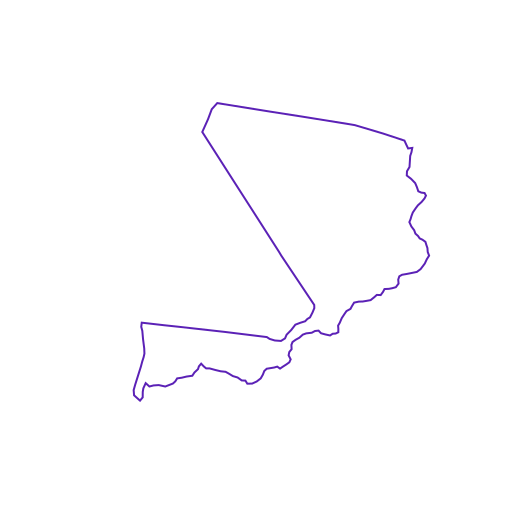 outline of Bom Lugar, Maranhão, Brazil, rotated 222°
{"feature_id": "56859067B20670689948279", "entity_name": "Bom Lugar", "entity_type": "district", "adm_level": 2, "iso_a3": "BRA", "parent_name": "Brazil", "parent_adm1": "Maranhão", "projection": "albers", "projection_center": [-45.064, -4.297], "detail": "fine", "context": "isolated", "style": "outline", "palette": "violet", "viewbox_px": 512, "rotation_deg": 222, "n_neighbors": 0, "source": "geoboundaries", "source_scale": "gbopen_adm2", "svg_char_len": 2239}
<svg xmlns="http://www.w3.org/2000/svg" viewBox="0 0 512 512"><g transform="rotate(222 256 256)"><path d="M253.4,70.9L245.4,70.9L245.6,75.1L249.2,79.2L251.2,82.3L252.9,87.7L247.9,87.7L245.5,91.3L241.9,95.0L236.1,98.3L232.4,105.6L232.1,108.8L232.7,112.3L229.7,115.9L226.9,120.0L223.2,124.4L223.8,128.2L223.4,133.1L224.6,135.8L224.7,139.3L221.0,139.0L217.9,139.1L215.3,141.4L209.9,144.1L205.1,146.7L201.1,149.6L197.6,150.4L192.8,151.3L188.4,153.4L183.3,154.0L180.5,156.3L177.0,155.3L173.5,158.6L171.5,163.2L170.6,168.2L171.5,172.4L172.9,176.1L172.6,179.4L170.1,182.5L167.8,185.4L166.2,188.0L162.8,188.4L162.0,191.7L160.9,195.7L160.1,199.3L161.1,202.4L165.3,204.0L167.0,206.9L167.2,210.6L170.2,213.6L171.3,216.5L170.5,220.2L169.1,224.3L168.6,228.9L166.9,232.1L163.2,236.3L162.0,239.7L159.6,242.4L156.0,242.1L152.0,244.1L147.8,246.5L147.0,249.5L144.9,251.7L143.8,254.4L145.9,256.8L148.4,259.2L149.1,262.5L150.7,267.2L151.5,272.4L151.9,275.6L150.4,279.9L151.1,282.7L151.9,287.0L149.0,291.0L146.4,293.4L144.0,296.4L141.3,299.9L140.5,304.9L140.2,307.9L137.2,310.4L137.6,314.4L138.4,317.4L135.2,320.6L133.3,323.1L131.2,326.4L131.6,330.9L134.5,333.6L135.9,336.8L134.9,339.8L132.2,343.2L129.8,346.4L125.8,351.8L124.9,356.4L125.5,363.3L126.9,367.9L127.6,372.1L131.1,373.9L133.9,376.6L136.6,378.1L139.6,379.9L143.2,379.5L146.1,378.6L149.0,379.3L152.5,379.3L155.7,381.0L160.3,381.9L164.7,383.8L165.8,386.8L167.2,389.7L168.6,393.3L169.3,398.5L169.6,402.0L169.1,407.1L169.3,411.6L170.1,414.6L172.9,415.6L175.6,413.7L178.7,412.7L182.4,414.8L186.5,416.7L192.3,417.1L197.8,416.7L200.5,420.0L201.5,424.9L208.4,433.6L209.9,437.1L212.2,440.9L214.9,437.7L218.8,439.3L222.9,441.1L243.6,432.0L270.1,419.4L273.9,417.0L315.1,390.4L341.9,372.9L387.1,343.7L387.1,335.5L383.2,325.6L378.9,312.2L315.3,294.7L285.7,286.6L241.7,274.5L237.5,273.2L180.0,258.6L177.8,256.3L176.2,251.8L174.8,246.5L175.7,243.6L175.8,240.4L178.4,236.0L180.8,231.3L180.3,224.5L180.6,218.0L179.3,214.2L180.6,209.6L185.5,205.8L190.4,203.5L193.7,203.0L228.4,178.7L266.2,151.6L277.5,143.4L296.3,130.0L293.9,126.6L290.4,124.3L284.5,118.8L277.2,112.5L273.6,108.8L271.8,105.6L269.9,101.4L267.5,96.7L261.4,83.3L259.7,79.6L257.2,74.5L253.4,70.9Z" fill="none" stroke="#5b21b6" stroke-width="2"/></g></svg>